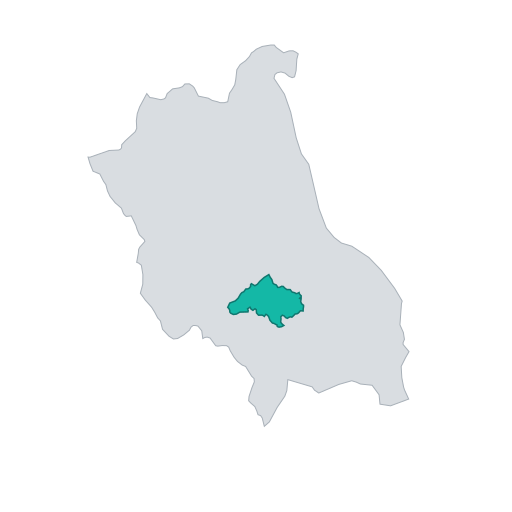 Sliven highlighted on a map of Bulgaria, rotated 66°
{"feature_id": "BGR-2231", "entity_name": "Sliven", "entity_type": "Province", "adm_level": 1, "iso_a3": "BGR", "parent_name": "Bulgaria", "parent_adm1": "", "projection": "equal_earth", "projection_center": [26.271, 42.597], "detail": "fine", "context": "in_parent", "style": "filled", "palette": "teal", "viewbox_px": 512, "rotation_deg": 66, "n_neighbors": 0, "source": "natural_earth", "source_scale": "10m", "svg_char_len": 3612}
<svg xmlns="http://www.w3.org/2000/svg" viewBox="0 0 512 512"><g transform="rotate(66 256 256)"><path d="M415.0,317.7L406.6,316.2L403.7,316.7L401.8,318.7L397.9,318.3L393.1,318.3L388.1,320.6L385.3,321.6L381.5,319.5L374.5,313.1L370.3,308.7L367.1,307.6L364.0,308.9L352.7,310.4L350.0,313.0L344.8,315.8L339.6,317.2L332.1,318.1L328.1,318.0L325.9,319.4L324.0,323.5L322.8,327.6L321.6,329.3L312.3,331.3L310.2,333.6L309.6,335.9L309.8,338.2L302.3,336.0L296.5,337.5L295.1,339.2L293.9,341.7L294.6,344.4L296.7,347.0L298.7,354.1L299.5,361.2L298.2,365.2L293.9,368.1L285.0,371.2L276.4,369.7L272.5,371.0L266.1,371.4L260.3,372.2L251.2,375.1L243.0,376.8L235.7,370.9L227.0,366.9L217.8,364.5L214.6,366.2L213.3,367.6L205.6,362.4L202.2,360.5L200.6,358.5L197.5,351.6L195.6,351.4L189.2,353.9L183.2,353.8L179.5,353.3L168.6,353.6L167.1,358.4L165.8,359.1L163.4,359.8L157.6,359.5L150.2,363.0L142.2,365.1L136.1,365.2L129.7,364.1L125.8,364.9L117.6,365.3L112.3,370.4L104.1,370.1L97.3,369.2L98.2,367.6L99.9,347.2L103.4,338.2L103.3,336.3L102.6,334.9L99.7,333.4L97.6,328.5L93.3,315.7L90.8,313.0L83.8,310.3L77.7,306.6L72.5,301.7L63.2,289.7L68.1,288.5L69.6,286.0L74.5,279.4L75.1,276.1L74.7,274.3L71.5,271.1L69.4,264.2L71.2,257.7L71.4,254.3L69.9,251.0L71.6,246.9L75.1,244.7L77.3,244.0L86.5,243.6L92.4,235.4L96.0,232.8L99.7,228.1L101.4,226.4L103.0,222.8L103.6,219.1L96.5,214.0L94.1,210.1L91.0,205.8L86.7,202.8L78.0,197.7L74.7,192.6L73.3,185.9L71.1,180.8L68.6,177.5L68.2,174.9L67.2,171.6L67.1,165.1L69.3,156.6L70.7,153.5L73.7,152.7L81.6,148.1L82.1,142.3L83.6,138.7L86.1,136.6L88.5,135.2L92.7,138.6L103.0,144.0L108.0,147.9L107.8,150.4L105.3,152.8L100.7,155.1L98.0,158.3L97.2,162.2L97.9,164.9L101.0,167.3L119.8,164.2L138.8,165.8L164.3,171.2L181.2,173.0L193.7,170.5L216.9,175.0L238.4,179.2L259.1,180.4L270.8,177.1L278.9,172.7L286.0,164.5L303.3,153.5L320.1,147.4L342.0,142.5L356.6,140.8L358.7,142.5L377.4,152.5L385.8,152.5L392.5,154.3L395.0,156.9L396.7,157.6L405.6,155.1L409.6,160.6L415.9,168.3L426.5,172.3L435.9,174.5L438.9,174.8L448.8,174.7L447.6,194.0L441.8,203.0L432.8,200.0L421.3,202.5L415.4,212.7L412.0,215.7L408.9,219.3L407.0,232.6L406.7,254.4L402.4,257.1L398.4,257.9L381.9,277.2L391.5,282.6L395.8,286.7L402.9,298.2L413.0,311.3L415.0,317.7Z" fill="#d9dde1" stroke="#a8b0b8" stroke-width="1"/><path d="M291.4,302.7L288.3,299.1L288.6,293.2L287.3,289.5L284.5,285.6L283.7,283.8L283.7,281.7L282.0,278.7L282.7,277.0L282.6,275.1L281.5,273.2L280.1,272.7L279.4,271.5L282.7,269.1L282.4,266.2L280.7,262.9L278.9,257.2L278.2,251.8L281.1,251.7L283.9,251.1L287.9,251.6L289.3,250.7L290.6,249.3L292.0,249.0L293.5,249.0L294.2,247.2L294.1,244.9L295.0,243.4L296.5,243.0L299.2,241.5L300.6,238.4L302.2,238.1L303.8,237.6L304.6,236.4L305.5,235.4L306.5,234.9L306.9,233.9L307.0,232.6L306.9,231.5L308.0,231.7L309.0,231.6L310.7,230.9L312.2,231.6L312.0,232.5L312.4,233.4L313.0,233.0L313.5,232.2L315.8,233.7L317.4,233.8L318.9,233.5L320.3,232.6L321.7,233.2L323.5,234.4L325.4,235.3L324.1,237.7L325.3,240.4L325.5,242.0L324.9,243.8L325.8,246.0L326.5,248.1L325.6,249.2L325.4,250.7L325.7,252.7L324.3,254.0L322.3,254.6L320.8,256.0L321.6,258.1L323.6,258.7L325.1,259.6L326.6,260.4L328.8,259.8L330.8,258.8L331.0,261.4L330.4,263.8L329.7,264.7L328.9,265.2L327.3,264.9L326.7,265.7L325.8,266.3L324.8,267.1L323.9,268.3L320.3,269.4L316.7,269.1L315.0,269.5L313.3,270.6L314.0,271.9L314.6,273.0L313.4,273.6L312.4,274.6L311.1,277.8L308.2,278.7L305.1,277.6L303.8,278.4L304.4,280.9L302.6,282.1L300.3,282.3L300.8,285.2L302.7,285.3L303.8,286.1L300.7,293.6L301.1,297.5L300.2,300.5L297.9,302.4L296.5,302.7L295.1,302.1L293.3,302.1L291.4,302.7Z" fill="#14b8a6" stroke="#0f766e" stroke-width="1.5"/></g></svg>